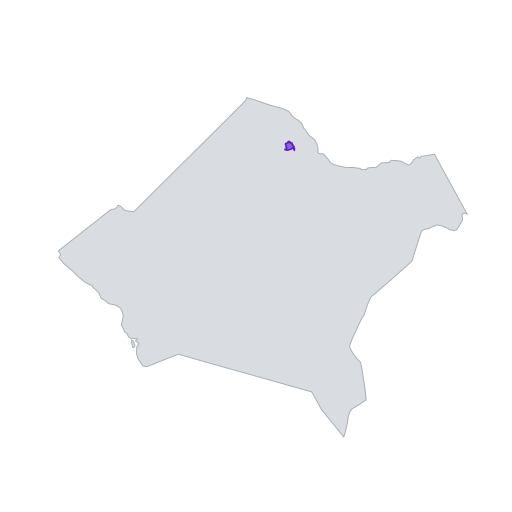 Malava, Western, Kenya shown in context, rotated 106°
{"feature_id": "3690345B31807063616851", "entity_name": "Malava", "entity_type": "district", "adm_level": 2, "iso_a3": "KEN", "parent_name": "Kenya", "parent_adm1": "Western", "projection": "mercator", "projection_center": [34.832, 0.47], "detail": "fine", "context": "in_parent", "style": "filled", "palette": "violet", "viewbox_px": 512, "rotation_deg": 106, "n_neighbors": 0, "source": "geoboundaries", "source_scale": "gbopen_adm2", "svg_char_len": 4797}
<svg xmlns="http://www.w3.org/2000/svg" viewBox="0 0 512 512"><g transform="rotate(106 256 256)"><path d="M106.3,308.7L106.2,302.3L107.1,286.0L107.0,271.7L107.8,264.5L111.3,260.0L112.9,256.7L114.1,252.1L116.0,248.4L120.1,245.3L120.9,243.6L125.3,238.5L128.0,232.0L130.0,229.7L132.5,227.7L134.3,226.6L137.2,225.5L139.5,224.9L139.9,224.4L140.1,223.3L139.3,219.2L140.3,217.9L141.9,215.2L143.6,212.6L145.2,211.0L146.1,209.4L146.6,206.5L146.6,204.5L146.6,201.2L146.1,193.6L144.2,187.3L143.1,180.3L143.9,178.0L142.4,173.8L141.7,173.6L140.5,172.7L138.9,168.8L137.8,165.3L137.1,164.4L132.0,161.2L129.5,153.9L126.7,152.3L125.2,145.0L124.9,142.9L126.5,135.6L126.3,134.0L124.7,132.4L119.9,130.9L116.1,127.8L116.6,126.8L116.9,125.7L114.9,125.0L109.0,112.5L116.6,105.0L124.2,97.5L133.9,87.9L142.9,79.0L150.6,71.4L157.5,64.6L157.4,65.9L157.4,67.6L158.2,68.7L159.7,69.4L161.6,68.6L163.4,67.6L165.0,67.4L175.4,70.2L177.2,72.7L177.0,75.3L177.5,77.2L176.7,79.2L175.8,85.0L176.1,90.4L179.2,94.4L182.0,97.5L184.2,101.9L185.8,103.2L188.1,103.9L195.2,104.1L205.7,104.4L215.9,104.6L216.8,104.7L219.0,105.3L228.3,111.2L236.9,116.6L244.1,121.3L251.2,125.9L258.0,130.3L263.3,134.0L268.5,135.1L277.0,135.7L282.9,135.9L288.3,137.4L296.4,138.8L302.4,139.6L306.1,140.4L316.1,141.3L317.8,140.8L322.3,136.7L327.3,130.1L329.2,126.4L335.7,122.8L347.0,117.7L355.0,114.1L363.8,110.5L367.9,113.7L373.4,118.6L375.9,121.1L377.9,122.2L380.9,122.9L384.6,123.0L386.6,122.8L390.7,122.2L400.3,121.6L405.8,121.7L401.2,128.3L395.7,136.2L385.5,150.8L377.7,158.5L371.9,164.3L371.3,165.4L371.3,171.9L371.4,187.7L371.5,219.3L371.7,251.0L371.8,282.6L371.8,298.4L371.9,303.7L377.0,310.4L382.0,316.9L388.7,325.5L392.2,330.1L392.8,331.6L392.7,334.7L387.2,341.2L382.7,344.1L376.7,345.5L374.9,345.2L372.5,344.3L371.6,345.8L370.9,348.3L369.5,347.8L368.5,347.0L369.1,351.3L369.7,353.4L368.8,356.3L365.9,358.8L365.6,360.9L359.3,366.4L350.3,367.0L345.6,369.8L343.5,372.0L341.9,376.9L342.4,384.4L339.9,390.2L339.5,393.1L334.8,396.9L332.8,400.4L331.2,403.9L329.9,405.4L328.3,413.3L326.2,418.1L325.6,419.6L325.0,421.1L323.4,423.9L322.3,425.8L321.5,427.1L316.0,439.3L311.7,444.9L308.4,444.2L306.2,446.4L305.9,447.4L304.7,446.8L301.9,444.8L296.2,440.6L290.4,436.5L284.6,432.3L278.9,428.2L273.1,424.0L267.3,419.8L261.6,415.7L255.8,411.5L252.4,409.1L250.9,407.6L249.8,404.8L249.2,404.1L247.7,403.2L245.9,403.0L245.3,402.4L245.4,401.0L246.0,399.0L248.1,395.2L248.3,393.0L247.9,390.4L247.3,386.4L246.7,385.4L242.9,383.3L234.9,378.8L226.9,374.4L218.9,369.9L210.9,365.4L202.9,360.9L194.9,356.5L186.9,352.0L178.9,347.5L170.9,343.1L162.9,338.6L154.9,334.1L146.9,329.7L138.9,325.2L130.9,320.7L122.9,316.3L114.9,311.8L111.9,310.1L109.1,308.7L106.3,308.7ZM372.4,352.1L371.1,352.4L371.8,350.3L375.9,347.5L377.6,348.1L377.9,348.8L377.8,349.3L377.1,349.9L372.4,352.1Z" fill="#d9dde1" stroke="#a8b0b8" stroke-width="1"/><path d="M137.7,253.0L137.8,253.1L137.9,253.3L137.9,253.5L138.0,253.6L137.9,253.7L137.7,254.0L137.5,254.3L137.4,254.3L137.3,254.5L137.2,254.6L137.1,254.8L137.1,255.0L136.9,255.1L136.8,255.3L136.7,255.3L136.7,255.5L136.8,255.5L136.9,255.9L137.1,256.0L137.1,256.3L137.3,256.3L137.5,256.4L137.6,256.5L137.8,256.5L137.9,256.4L137.9,256.5L138.1,256.4L138.3,256.4L138.3,256.5L138.5,256.7L138.5,256.8L138.5,257.0L138.8,257.0L138.9,257.3L139.0,257.5L139.3,257.7L139.3,257.8L139.5,258.0L139.8,258.4L139.8,258.5L140.0,258.5L140.2,258.4L140.3,258.4L140.6,258.4L140.7,258.2L140.8,258.2L141.0,258.0L141.2,257.9L141.3,257.7L141.5,257.7L141.7,257.4L141.8,257.4L141.9,257.2L142.0,257.2L142.2,257.3L142.3,257.3L142.5,257.3L142.8,257.3L142.8,257.2L142.7,257.2L142.7,256.9L142.8,256.8L143.0,256.7L143.3,256.7L143.3,256.8L143.5,256.7L143.8,256.5L143.8,256.4L143.9,256.2L144.0,256.2L144.3,256.2L144.5,256.1L144.8,256.1L144.9,256.3L145.0,256.3L145.1,256.5L145.2,256.8L145.2,257.0L145.3,257.1L145.4,257.3L145.4,257.5L145.5,257.6L145.7,257.3L145.8,257.2L145.8,256.9L145.8,255.6L145.8,255.4L145.7,255.1L145.5,254.7L145.3,254.5L145.3,254.3L145.2,254.2L144.8,253.5L144.7,253.4L144.6,253.2L144.0,252.6L144.0,252.3L144.0,252.1L143.9,252.0L143.3,251.5L142.8,251.2L142.7,251.2L142.3,250.8L142.1,250.6L141.9,250.5L143.6,248.5L143.5,248.4L143.4,248.5L143.2,248.5L143.3,248.4L143.2,248.4L143.1,248.5L142.9,248.6L142.7,248.6L142.8,248.8L142.7,248.8L142.5,249.0L142.4,249.0L142.2,249.1L141.9,249.3L141.7,249.3L141.7,249.2L141.6,249.3L141.4,249.3L141.2,249.3L140.9,249.4L140.7,249.4L140.7,249.5L140.4,249.7L140.3,249.8L140.2,249.8L140.2,250.0L140.2,250.3L140.2,250.5L140.0,250.8L139.9,250.9L139.8,251.0L139.7,251.1L139.7,251.3L139.4,251.3L139.4,251.2L139.3,251.3L139.3,251.2L139.2,251.2L139.2,251.3L138.9,251.4L138.8,251.5L138.7,251.5L138.4,251.8L138.2,252.0L138.1,252.3L138.1,252.6L138.0,252.8L137.9,253.0L137.7,253.0L137.7,253.0Z" fill="#8b5cf6" stroke="#5b21b6" stroke-width="1.5"/></g></svg>